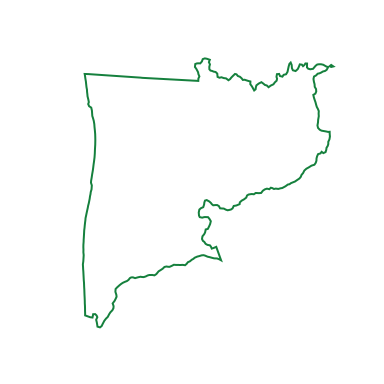 Canavieiras, Bahia, Brazil (Natural Earth projection), rotated 190°
{"feature_id": "56859067B52664621948498", "entity_name": "Canavieiras", "entity_type": "district", "adm_level": 2, "iso_a3": "BRA", "parent_name": "Brazil", "parent_adm1": "Bahia", "projection": "natural_earth1", "projection_center": [-39.146, -15.611], "detail": "fine", "context": "isolated", "style": "outline", "palette": "green", "viewbox_px": 384, "rotation_deg": 190, "n_neighbors": 0, "source": "geoboundaries", "source_scale": "gbopen_adm2", "svg_char_len": 5073}
<svg xmlns="http://www.w3.org/2000/svg" viewBox="0 0 384 384"><g transform="rotate(190 192 192)"><path d="M318.2,289.6L317.5,287.7L316.7,285.2L315.7,282.4L314.9,279.6L314.1,276.9L313.2,274.5L312.7,272.3L312.0,270.0L311.5,268.1L310.3,265.4L309.2,262.6L309.5,260.6L308.2,258.6L305.9,257.6L304.7,254.8L303.4,249.6L302.2,247.3L301.1,245.0L300.0,241.9L299.3,239.1L298.4,236.0L297.4,232.2L296.8,229.3L296.2,226.2L295.5,221.7L295.2,219.1L294.9,216.6L294.4,213.0L294.0,209.1L293.8,205.2L293.7,202.1L293.5,198.3L293.4,195.7L293.4,192.1L293.3,188.7L293.3,185.5L293.1,183.6L291.8,181.1L291.4,177.1L291.7,174.4L291.6,172.2L291.7,170.1L291.6,167.6L291.7,162.9L291.9,160.5L291.9,158.4L292.0,156.1L292.1,153.5L292.2,150.3L292.3,147.8L292.1,145.7L292.0,143.3L291.8,140.3L291.6,137.9L291.5,135.6L291.2,133.2L290.9,130.7L290.6,128.1L290.4,126.2L290.1,124.2L289.8,121.2L289.4,118.7L288.9,116.4L288.5,113.8L287.7,111.0L287.0,104.8L286.9,101.8L286.3,99.3L285.8,97.1L285.2,94.8L284.7,92.6L284.1,90.0L283.3,86.5L282.6,83.9L282.2,82.0L281.7,79.7L281.1,77.2L280.7,75.3L280.0,72.0L279.4,69.4L278.7,66.2L278.2,63.6L277.6,61.1L277.0,58.1L276.7,56.4L276.3,54.5L275.8,51.9L270.5,51.0L268.2,51.1L268.1,54.5L266.1,54.9L264.5,53.8L263.5,52.3L264.2,49.5L263.2,47.3L262.4,45.1L261.7,43.0L259.1,42.7L257.7,44.3L257.2,46.1L256.0,49.9L254.7,52.4L253.3,54.3L252.3,57.4L251.5,59.3L249.9,61.7L249.2,63.9L249.4,66.0L250.8,68.5L249.3,71.4L248.7,73.4L248.1,75.7L248.6,77.5L250.1,80.4L250.4,83.2L249.3,84.9L247.2,87.6L245.7,89.3L244.3,90.6L242.3,92.0L240.6,93.0L239.2,94.5L238.3,96.3L237.1,97.3L235.4,97.7L233.1,97.3L230.4,98.6L228.0,99.6L226.5,99.6L224.8,99.8L222.9,100.8L221.2,102.1L219.5,102.9L216.7,103.4L214.5,103.4L212.9,104.9L211.1,108.1L209.4,109.6L207.6,111.3L206.1,113.4L204.2,114.2L202.6,114.2L201.1,114.4L199.3,115.6L197.2,117.2L195.0,117.4L192.7,117.8L190.7,118.1L188.6,118.6L186.1,118.7L184.8,120.3L183.9,122.1L182.0,123.4L180.4,125.3L179.0,126.4L178.0,127.7L175.6,129.3L173.8,130.1L171.5,131.3L169.6,131.8L167.9,131.6L165.5,131.0L163.2,130.9L161.3,130.7L158.7,130.5L155.8,130.9L153.6,130.5L151.5,129.8L158.6,142.2L160.7,140.8L162.7,139.7L163.9,141.5L165.1,142.6L167.6,142.6L169.6,143.3L171.2,145.0L172.8,145.8L174.0,147.5L174.0,150.2L172.7,152.5L172.1,154.4L172.0,157.5L170.0,158.4L169.2,161.1L168.6,163.5L168.4,166.5L170.1,168.5L171.8,170.0L174.1,169.7L175.6,169.4L177.5,168.5L180.0,168.6L181.0,170.0L181.8,173.0L181.7,176.0L180.4,177.6L178.3,179.0L177.9,181.8L178.0,183.9L177.7,185.8L176.1,186.6L173.4,185.7L171.6,184.6L170.3,183.4L168.8,182.6L167.1,183.1L164.9,183.5L163.1,182.8L161.5,180.8L159.4,181.0L157.8,181.2L155.7,180.5L153.7,180.2L152.2,180.8L150.6,181.5L149.2,182.9L148.5,185.5L146.0,186.4L144.6,187.3L143.0,188.3L143.1,190.1L141.5,192.2L139.6,193.7L137.6,195.9L137.2,198.1L135.9,199.3L134.3,199.9L132.7,200.4L130.7,200.5L129.1,202.1L125.8,202.5L123.7,203.1L122.5,205.5L120.8,207.2L118.8,208.3L116.3,208.2L115.1,209.9L113.6,209.8L111.8,209.2L110.1,209.9L107.5,210.0L105.5,211.0L103.8,211.6L100.9,213.9L98.9,216.0L97.3,216.6L96.1,217.9L94.5,218.9L92.4,220.2L90.8,221.8L88.6,223.9L87.5,225.8L87.1,227.9L85.9,229.9L85.1,232.6L83.4,234.8L81.3,236.5L78.9,238.7L76.2,240.1L75.2,242.3L74.9,244.4L75.2,246.8L75.0,248.9L74.4,251.2L72.2,252.3L71.3,254.1L69.4,253.1L67.4,254.5L67.1,256.8L67.2,258.9L66.4,260.8L66.1,262.8L66.5,265.1L65.8,267.7L65.8,270.6L66.5,273.2L66.9,275.2L68.4,274.8L70.3,274.9L72.7,274.9L75.1,274.9L77.0,275.5L79.0,277.0L80.0,279.3L80.0,282.5L80.3,285.0L80.3,288.7L80.9,291.1L81.2,293.7L82.4,295.6L83.9,297.5L84.9,299.5L86.0,301.9L87.3,304.2L88.4,306.3L89.4,308.7L87.6,310.3L87.1,312.5L87.7,314.9L89.4,316.9L90.0,319.4L91.1,321.8L92.0,324.4L91.9,326.9L90.0,328.4L88.8,330.3L87.1,331.0L85.6,332.0L84.0,333.4L82.0,334.3L80.6,335.7L79.6,338.6L81.8,339.0L84.8,340.1L86.9,340.2L89.0,339.9L90.8,339.3L92.1,337.9L93.0,336.4L94.2,334.3L96.9,333.4L99.0,333.6L100.4,334.7L100.7,336.6L101.0,338.5L102.6,338.3L103.4,336.5L104.5,335.2L105.9,336.5L108.0,336.4L108.6,333.5L109.2,331.4L111.0,329.1L113.8,329.4L115.1,331.3L115.9,334.4L117.3,336.6L118.3,335.1L118.6,332.4L118.7,329.8L118.8,326.9L119.8,324.3L122.1,323.3L123.0,321.3L125.5,321.5L126.7,323.4L128.8,322.8L128.8,320.1L127.9,318.3L128.0,316.3L129.5,314.3L130.5,312.2L132.9,310.5L134.8,308.5L136.8,309.9L138.8,310.1L140.5,311.1L142.7,312.2L145.1,310.4L147.1,308.2L147.3,306.1L147.2,304.2L148.4,302.8L149.6,304.3L151.3,306.4L153.3,308.3L153.7,311.0L155.5,311.1L157.7,311.4L159.7,311.7L161.4,311.2L162.9,312.6L164.8,313.8L167.0,314.2L168.6,315.6L170.2,315.7L171.8,313.5L173.2,311.5L174.0,309.9L175.5,308.4L178.2,309.8L180.5,309.7L182.9,310.1L184.8,309.3L186.8,309.8L187.7,313.0L189.6,314.3L191.6,314.3L193.2,314.7L194.9,314.8L196.2,315.9L196.7,318.3L196.5,320.8L197.9,322.8L197.4,325.3L200.5,325.8L202.6,325.8L204.5,324.7L204.9,322.3L206.2,320.1L207.8,319.9L209.5,319.5L211.0,318.6L210.8,315.6L209.3,314.2L208.1,312.7L206.8,311.0L206.2,309.3L204.8,307.1L205.4,304.8L205.1,302.5L260.7,295.8L262.5,295.7L314.7,290.1L318.2,289.6ZM78.3,339.8L76.6,339.3L74.6,340.2L77.0,341.3L78.3,339.8Z" fill="none" stroke="#15803d" stroke-width="2"/></g></svg>